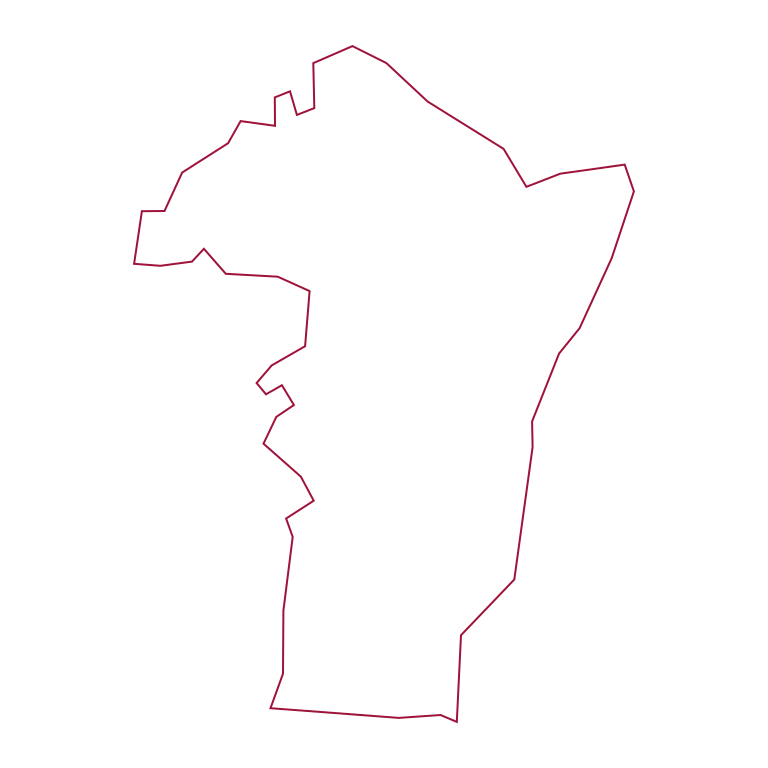 the district of Cheatham, Tennessee, United States of America
{"feature_id": "52423323B26737706677925", "entity_name": "Cheatham", "entity_type": "district", "adm_level": 2, "iso_a3": "USA", "parent_name": "United States of America", "parent_adm1": "Tennessee", "projection": "albers", "projection_center": [-87.13, 36.248], "detail": "fine", "context": "isolated", "style": "outline", "palette": "rose", "viewbox_px": 768, "rotation_deg": 0, "n_neighbors": 0, "source": "geoboundaries", "source_scale": "gbopen_adm2", "svg_char_len": 746}
<svg xmlns="http://www.w3.org/2000/svg" viewBox="0 0 768 768"><path d="M134.1,263.8L160.4,265.8L192.0,261.6L203.9,248.8L225.8,273.8L277.7,276.7L309.6,291.1L305.1,346.2L271.7,365.4L256.6,383.0L266.0,394.3L281.9,385.2L293.9,405.0L276.3,416.9L263.5,443.7L300.9,476.7L313.7,500.7L286.1,518.5L292.7,536.9L283.4,610.6L283.0,673.7L270.5,708.2L398.8,717.9L440.5,715.0L456.8,721.9L461.0,635.2L514.3,579.5L532.6,447.2L532.1,421.4L559.1,353.5L579.6,328.2L611.7,258.2L633.9,191.4L624.7,164.6L560.2,173.7L526.4,186.8L503.6,148.9L427.7,101.6L386.4,63.1L352.4,46.1L313.3,63.1L314.3,108.1L296.9,114.9L290.0,91.3L274.8,97.4L275.0,125.8L240.6,121.1L228.1,143.2L182.2,172.5L164.5,211.0L141.9,211.2L134.1,263.8Z" fill="none" stroke="#9f1239" stroke-width="2"/></svg>